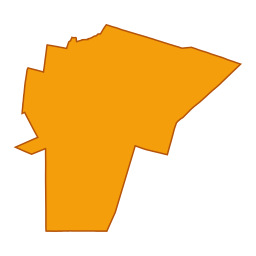 Caraula, Dolj, Romania
{"feature_id": "2599482B35148245889168", "entity_name": "Caraula", "entity_type": "district", "adm_level": 2, "iso_a3": "ROU", "parent_name": "Romania", "parent_adm1": "Dolj", "projection": "equal_earth", "projection_center": [23.254, 44.175], "detail": "fine", "context": "isolated", "style": "filled", "palette": "amber", "viewbox_px": 256, "rotation_deg": 0, "n_neighbors": 0, "source": "geoboundaries", "source_scale": "gbopen_adm2", "svg_char_len": 3306}
<svg xmlns="http://www.w3.org/2000/svg" viewBox="0 0 256 256"><path d="M106.8,231.2L115.3,212.2L135.2,145.8L140.5,147.7L143.9,148.9L147.0,149.8L149.5,150.4L153.1,151.3L155.3,151.8L160.4,153.0L163.9,153.9L165.2,154.2L167.3,154.7L168.9,148.9L169.7,145.9L171.0,141.5L171.5,139.6L174.3,129.0L175.0,126.9L176.4,123.0L176.8,122.4L177.6,121.5L178.0,121.1L179.1,120.2L179.4,119.9L180.1,119.4L180.6,118.9L181.1,118.6L183.0,117.4L189.8,110.5L189.8,110.4L193.6,106.9L199.9,101.9L207.0,95.5L209.0,93.6L212.1,90.8L215.9,87.6L220.1,83.9L222.0,82.0L240.6,64.1L236.7,62.8L234.2,61.9L231.9,61.1L227.9,59.8L223.2,57.9L213.9,54.9L211.1,54.0L208.0,52.8L205.8,52.1L204.7,51.7L202.8,51.2L198.8,49.9L196.4,49.0L195.0,48.5L192.5,47.7L191.6,47.3L190.9,47.4L188.4,47.6L185.2,47.9L182.1,48.2L181.8,48.1L181.5,48.0L180.7,47.8L179.8,47.5L178.8,47.1L177.9,46.8L177.0,46.6L176.0,46.3L175.0,46.0L174.0,45.7L173.0,45.4L172.5,45.2L172.0,45.1L171.1,44.8L170.2,44.6L169.5,44.4L169.1,44.2L168.1,43.9L167.1,43.6L166.0,43.2L164.9,42.9L163.9,42.6L162.8,42.2L161.7,41.9L160.9,41.6L159.9,41.3L159.3,41.1L158.5,40.9L157.6,40.6L156.7,40.3L155.7,40.0L154.8,39.7L153.8,39.3L152.8,39.0L151.8,38.7L150.7,38.4L149.7,38.1L148.7,37.8L147.7,37.4L146.6,37.1L145.6,36.8L144.6,36.5L144.0,36.3L143.6,36.2L142.9,36.0L142.0,35.8L141.7,35.6L140.7,35.4L139.4,35.0L131.7,32.7L129.6,32.1L127.7,31.5L125.2,30.7L122.7,30.1L119.4,28.9L118.4,28.5L116.0,27.7L112.6,26.8L108.7,25.5L106.3,24.8L104.2,27.7L100.5,33.9L98.7,34.0L98.1,34.0L97.6,34.3L97.2,34.8L96.5,35.6L95.9,35.8L94.6,36.1L93.6,36.5L92.2,37.4L91.3,37.8L89.7,38.5L89.0,38.6L88.1,38.7L87.9,39.5L85.4,39.6L81.9,39.8L81.7,40.2L79.2,40.9L77.5,41.4L76.7,41.7L76.4,41.1L76.4,40.9L76.4,40.2L76.3,39.4L76.3,38.6L76.2,38.0L76.0,37.8L75.7,37.6L75.2,37.6L74.5,37.7L73.7,37.7L72.4,37.6L72.0,37.4L71.9,37.8L71.3,38.8L71.0,39.7L70.7,40.3L70.4,40.4L70.1,41.0L69.8,41.3L69.5,41.4L69.1,41.6L68.9,41.8L68.7,42.3L68.2,43.5L67.6,45.3L67.3,46.2L66.6,48.0L66.6,48.4L65.4,48.2L63.8,47.9L62.9,47.7L61.6,47.5L60.4,47.3L59.5,47.1L58.4,46.9L57.0,46.6L55.9,46.4L54.6,46.2L52.9,45.9L51.4,45.6L49.7,45.4L47.2,44.9L47.0,45.2L46.9,45.7L46.9,46.4L46.7,47.4L46.6,47.9L46.6,48.4L46.5,49.2L46.4,50.2L46.2,51.5L46.1,52.6L46.0,53.5L45.7,55.4L45.5,57.1L45.4,58.0L45.2,59.2L45.0,60.5L44.9,62.0L44.6,64.0L44.4,65.6L44.2,67.1L43.9,69.2L43.5,72.0L35.7,69.9L29.3,68.3L28.1,67.9L27.8,68.2L27.2,69.6L26.8,71.8L26.6,73.5L25.9,78.3L25.3,81.8L24.8,85.7L24.1,93.4L23.8,95.1L23.3,101.1L22.9,104.0L22.6,107.7L22.2,111.9L22.1,113.5L24.7,112.4L24.8,112.6L26.1,115.3L31.2,125.0L34.0,130.4L36.2,134.4L37.8,137.4L32.8,139.5L25.6,142.7L18.3,145.9L15.4,147.2L24.6,151.3L31.6,154.2L45.5,148.6L45.6,149.1L45.6,149.7L45.6,153.5L45.6,155.1L45.7,162.9L45.6,178.5L45.9,209.7L45.9,226.7L46.0,230.2L46.0,231.0L46.6,231.1L47.1,231.1L47.6,231.1L48.4,231.1L49.1,231.1L49.9,231.1L50.7,231.1L51.8,231.1L52.8,231.2L53.4,231.1L54.0,231.2L54.6,231.2L55.3,231.2L56.6,231.2L57.4,231.1L59.1,231.1L61.2,231.1L62.2,231.1L63.4,231.0L64.9,231.0L66.8,231.0L67.4,231.0L67.8,231.1L68.4,231.0L68.8,230.9L69.6,230.9L71.1,230.9L72.6,231.0L73.9,231.0L75.5,231.0L77.4,231.0L79.1,231.0L80.9,231.0L82.3,231.0L84.2,231.0L85.7,231.0L87.5,231.0L90.1,231.0L91.7,231.0L94.3,231.0L96.2,231.1L99.5,231.1L102.2,231.1L104.2,231.1L106.0,231.1L106.8,231.2Z" fill="#f59e0b" stroke="#b45309" stroke-width="1.5"/></svg>